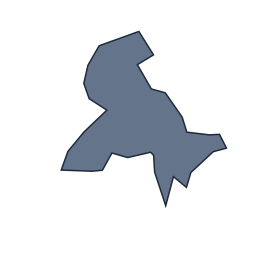 the border of Saint John, rotated 333°
{"feature_id": "ATG-5098", "entity_name": "Saint John", "entity_type": "Parish", "adm_level": 1, "iso_a3": "ATG", "parent_name": "Antigua and Barbuda", "parent_adm1": "", "projection": "albers", "projection_center": [-61.826, 17.106], "detail": "fine", "context": "isolated", "style": "filled", "palette": "slate", "viewbox_px": 256, "rotation_deg": 333, "n_neighbors": 0, "source": "natural_earth", "source_scale": "10m", "svg_char_len": 530}
<svg xmlns="http://www.w3.org/2000/svg" viewBox="0 0 256 256"><g transform="rotate(333 128 128)"><path d="M86.0,154.0L76.6,150.3L49.4,135.2L63.8,121.6L87.1,111.5L117.3,102.5L106.7,84.3L108.9,68.1L120.8,53.9L139.7,41.6L181.5,46.9L183.9,74.4L165.1,75.8L166.5,103.8L177.2,113.6L181.2,143.0L178.5,158.4L197.3,171.0L206.6,175.2L206.6,190.6L193.2,187.8L163.8,196.2L153.1,207.4L146.4,192.0L126.3,214.4L131.7,179.4L138.4,164.0L137.1,159.8L114.3,154.2L102.3,143.0L86.0,154.0Z" fill="#64748b" stroke="#1e293b" stroke-width="1.5"/></g></svg>